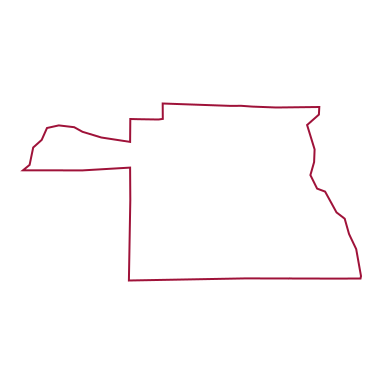 Houston, Alabama, United States of America
{"feature_id": "52423323B72584832166287", "entity_name": "Houston", "entity_type": "district", "adm_level": 2, "iso_a3": "USA", "parent_name": "United States of America", "parent_adm1": "Alabama", "projection": "mercator", "projection_center": [-85.275, 31.156], "detail": "fine", "context": "isolated", "style": "outline", "palette": "rose", "viewbox_px": 384, "rotation_deg": 0, "n_neighbors": 0, "source": "geoboundaries", "source_scale": "gbopen_adm2", "svg_char_len": 730}
<svg xmlns="http://www.w3.org/2000/svg" viewBox="0 0 384 384"><path d="M128.9,280.5L245.5,278.4L288.0,278.5L289.0,278.5L289.1,278.4L292.1,278.5L334.2,278.6L335.5,278.6L336.8,278.6L346.8,278.6L347.3,278.6L348.5,278.5L350.1,278.5L360.5,278.5L361.0,276.1L356.2,249.1L350.4,236.9L349.0,233.9L344.7,218.7L336.5,212.4L325.1,191.6L317.1,188.6L310.4,175.1L314.1,162.1L314.6,149.4L307.1,125.0L318.9,114.6L319.3,107.0L276.3,107.5L252.3,106.6L241.1,105.8L231.0,105.9L162.7,103.5L162.8,118.9L158.5,119.5L138.5,119.2L130.3,119.0L130.1,141.9L101.3,137.5L82.5,131.8L74.2,127.2L58.8,125.4L47.0,128.0L41.7,139.9L33.2,147.5L29.6,164.9L23.0,170.3L82.4,170.4L130.1,167.6L130.3,200.2L128.9,280.5Z" fill="none" stroke="#9f1239" stroke-width="2"/></svg>